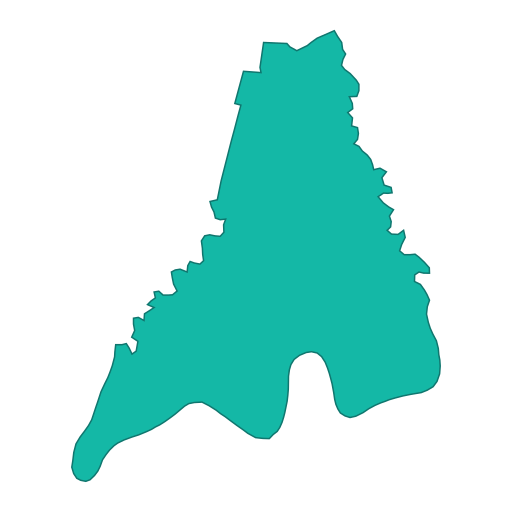 the district of Palmitos, Santa Catarina, Brazil
{"feature_id": "56859067B46835059259236", "entity_name": "Palmitos", "entity_type": "district", "adm_level": 2, "iso_a3": "BRA", "parent_name": "Brazil", "parent_adm1": "Santa Catarina", "projection": "albers", "projection_center": [-53.188, -27.082], "detail": "fine", "context": "isolated", "style": "filled", "palette": "teal", "viewbox_px": 512, "rotation_deg": 0, "n_neighbors": 0, "source": "geoboundaries", "source_scale": "gbopen_adm2", "svg_char_len": 3112}
<svg xmlns="http://www.w3.org/2000/svg" viewBox="0 0 512 512"><path d="M115.7,344.7L114.9,351.9L114.6,356.9L112.3,365.7L110.1,371.9L107.8,377.7L104.8,383.7L101.0,391.8L99.1,397.6L97.5,402.5L95.9,407.1L93.6,414.1L91.7,419.8L88.5,425.6L84.6,431.1L80.2,436.9L76.0,443.9L73.8,452.4L72.8,460.8L71.8,467.2L73.7,473.6L76.8,478.3L80.7,480.3L85.8,481.3L90.0,479.8L94.5,475.5L97.8,471.1L100.1,466.4L102.5,459.8L106.0,454.6L109.6,450.0L114.0,445.7L117.6,443.1L123.9,440.0L132.0,437.0L138.6,434.9L146.6,431.6L151.6,429.3L155.5,426.9L159.6,424.9L164.8,421.6L170.3,417.7L175.1,414.1L180.2,409.8L184.6,406.1L188.8,403.6L194.3,402.5L202.0,402.1L208.9,405.6L216.2,410.2L220.5,413.6L225.2,416.7L230.5,420.7L237.0,425.5L243.3,429.9L247.8,433.3L255.6,437.6L262.9,438.4L269.3,438.6L273.2,434.5L277.2,431.4L279.8,427.4L282.0,422.4L283.6,417.3L284.8,412.6L285.8,407.7L287.1,401.3L287.8,395.3L288.3,389.2L288.4,382.5L288.5,376.1L289.4,369.7L290.9,364.6L294.1,359.4L299.5,355.3L306.2,352.5L311.5,351.7L317.2,353.0L321.6,356.6L325.2,362.2L327.5,367.9L329.3,373.3L330.7,378.4L332.1,383.8L333.7,392.5L334.7,399.4L335.9,404.3L337.9,409.0L340.4,413.0L345.0,415.9L350.0,417.5L355.8,416.2L363.1,412.6L368.8,408.7L375.1,405.3L380.9,402.8L385.2,401.3L389.2,399.7L395.3,397.9L403.0,395.9L410.9,394.3L416.9,393.3L421.2,392.6L427.2,390.2L433.1,386.7L437.0,381.4L439.6,373.9L440.2,366.0L439.8,360.0L438.8,354.7L438.3,348.5L436.4,340.8L432.7,333.8L430.2,328.2L428.3,322.3L426.5,314.1L427.3,306.7L429.5,300.2L427.0,294.6L424.5,290.2L420.4,284.4L414.5,281.5L414.7,274.9L419.0,272.0L423.6,273.1L429.5,273.2L429.3,267.8L424.4,262.3L419.0,257.2L415.1,254.2L409.9,254.7L404.2,254.7L399.6,250.8L401.7,244.4L405.2,237.4L403.6,230.3L398.1,234.4L391.5,234.1L387.1,230.3L390.6,226.9L391.2,221.6L389.4,216.1L393.5,209.7L388.6,206.9L383.2,202.8L378.1,196.7L383.5,193.1L387.9,193.3L392.1,192.8L391.1,187.4L384.1,185.1L381.9,177.7L386.4,171.8L380.0,168.2L373.7,169.7L372.6,164.8L370.7,159.5L367.3,155.1L362.3,151.0L359.0,146.4L353.8,143.8L357.5,139.4L358.4,133.5L357.5,127.6L351.6,125.9L352.5,117.9L347.7,112.5L352.7,108.8L352.3,103.4L349.3,96.7L356.8,96.4L358.9,90.7L358.9,84.3L356.3,80.2L350.2,73.6L344.7,69.5L341.5,65.4L342.9,59.5L345.6,54.0L342.6,49.4L341.7,42.5L337.5,36.3L334.3,30.7L317.1,38.2L311.1,42.5L307.3,45.6L296.8,50.7L289.9,46.9L286.9,43.5L263.6,42.5L260.0,67.4L261.0,72.6L243.5,71.3L241.2,79.8L234.8,103.5L240.9,105.1L238.0,115.8L234.3,130.0L231.4,140.7L221.1,181.0L217.3,199.8L210.0,201.5L211.5,207.0L214.0,212.0L215.4,218.1L220.2,219.7L225.7,219.1L223.6,224.8L223.9,232.2L220.2,236.3L215.1,235.9L209.7,234.8L204.7,235.8L201.4,240.9L202.4,248.2L202.7,254.5L203.6,260.7L199.9,264.1L194.3,263.0L190.1,261.5L187.8,265.6L187.1,272.0L180.1,269.2L175.2,270.0L171.4,272.0L172.3,277.7L173.6,284.1L177.1,291.0L172.5,294.8L168.2,295.1L163.1,295.1L158.8,291.2L154.1,292.0L155.4,297.9L151.0,301.0L147.5,304.6L154.1,307.5L150.0,310.3L144.5,313.8L144.0,320.5L138.3,317.4L133.5,318.2L133.5,324.1L134.7,330.5L131.7,337.2L137.9,341.3L136.2,351.1L132.0,354.1L129.2,348.2L126.3,343.6L121.9,344.7L115.7,344.7Z" fill="#14b8a6" stroke="#0f766e" stroke-width="1.5"/></svg>